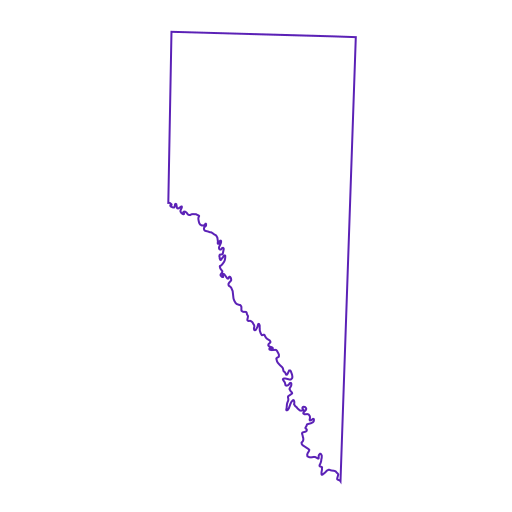 outline of Ramón Lista, Formosa, Argentina, rotated 182°
{"feature_id": "61730980B94587935103567", "entity_name": "Ramón Lista", "entity_type": "district", "adm_level": 2, "iso_a3": "ARG", "parent_name": "Argentina", "parent_adm1": "Formosa", "projection": "robinson", "projection_center": [-62.112, -22.978], "detail": "fine", "context": "isolated", "style": "outline", "palette": "violet", "viewbox_px": 512, "rotation_deg": 182, "n_neighbors": 0, "source": "geoboundaries", "source_scale": "gbopen_adm2", "svg_char_len": 6039}
<svg xmlns="http://www.w3.org/2000/svg" viewBox="0 0 512 512"><g transform="rotate(182 256 256)"><path d="M345.5,306.0L344.5,306.1L343.8,305.9L342.6,305.0L342.2,304.6L342.2,304.1L342.5,303.8L343.4,303.6L343.4,303.4L343.3,303.0L342.7,302.4L341.0,301.7L339.9,301.6L339.4,301.7L339.3,301.8L339.0,302.6L338.7,304.8L338.5,305.1L338.1,305.3L337.8,305.2L337.5,305.0L336.7,301.5L336.3,300.9L336.0,300.8L335.0,300.9L332.7,302.7L332.2,302.9L331.9,302.8L331.8,302.2L332.0,301.4L332.9,299.3L333.1,298.3L332.9,297.6L332.2,296.5L330.9,295.5L330.0,295.2L329.5,295.4L329.4,295.8L329.5,296.2L330.1,296.8L330.2,297.2L329.8,297.7L329.1,297.9L328.3,297.8L326.9,296.9L325.6,295.2L324.5,294.7L323.3,294.6L322.0,295.4L321.1,295.6L317.5,295.7L315.7,294.8L314.9,294.6L314.3,294.1L314.3,293.6L314.7,292.8L314.9,292.1L314.9,291.0L314.5,289.0L314.1,287.6L313.7,286.6L312.9,285.5L311.3,284.6L310.4,284.7L309.4,284.5L309.1,284.7L308.7,285.2L308.2,285.6L307.6,286.5L307.3,286.5L307.0,286.2L307.0,285.7L307.0,284.6L307.5,284.0L308.5,283.1L309.0,282.0L308.8,280.6L308.6,280.2L308.0,279.6L307.7,279.4L304.8,278.8L303.1,278.2L302.5,278.1L301.6,278.1L301.2,277.9L299.9,277.1L298.8,276.3L297.9,275.8L297.1,275.5L296.5,275.0L295.3,273.1L295.1,272.1L294.6,269.3L294.7,267.5L294.6,267.1L294.4,266.9L294.1,266.9L293.8,267.2L293.5,268.0L293.4,268.7L292.9,269.5L292.2,270.1L291.6,270.0L291.4,269.6L291.4,268.6L291.6,267.6L293.2,263.7L293.3,262.8L293.1,262.1L293.0,261.8L292.6,261.4L292.1,261.2L291.5,261.2L291.0,261.5L290.3,262.6L289.9,262.9L289.2,263.0L289.0,262.9L288.8,262.7L288.5,262.1L288.5,261.7L289.3,257.1L289.8,256.6L290.4,256.4L292.1,256.1L292.5,255.5L292.6,254.3L292.2,253.1L292.2,252.3L291.8,251.3L291.4,250.8L290.8,251.0L290.0,252.4L289.1,253.3L288.4,254.9L287.9,255.3L287.2,255.5L286.8,255.2L286.7,254.6L286.7,253.2L286.9,251.6L287.1,250.6L287.7,249.1L289.0,247.1L290.4,245.4L291.7,244.7L291.8,244.1L291.2,242.2L289.1,239.6L289.2,238.5L290.6,236.5L290.8,235.8L290.6,235.2L289.2,233.9L288.7,233.8L288.2,233.9L288.2,234.3L288.5,235.9L288.5,236.5L288.2,236.9L287.6,236.9L287.0,236.5L283.9,232.6L283.2,232.4L282.7,232.6L282.1,234.2L281.6,234.4L281.0,234.1L280.3,233.0L280.0,231.8L280.0,230.8L280.3,230.3L281.9,228.4L282.5,227.3L282.5,226.2L282.1,225.3L280.9,224.6L279.7,223.5L278.1,220.1L277.1,213.3L276.9,212.4L276.1,210.5L274.8,208.4L273.7,207.4L273.2,207.2L271.0,206.5L270.2,206.5L269.9,206.3L269.4,205.7L269.1,205.3L268.8,204.5L268.7,201.2L268.5,200.7L268.1,200.4L267.4,200.0L266.7,199.7L264.6,199.8L264.1,199.7L263.7,199.5L263.3,198.8L263.0,197.5L261.9,195.6L262.1,193.8L262.4,192.5L262.4,192.0L262.3,191.5L261.9,191.1L261.3,190.8L259.7,191.0L259.1,190.9L257.4,189.8L256.7,188.8L256.3,188.0L255.5,186.9L255.2,185.8L255.3,184.9L255.5,184.0L255.5,183.0L255.1,182.0L254.8,181.8L254.3,181.8L253.9,182.0L253.5,182.4L252.1,185.1L251.8,186.3L251.7,187.1L251.5,187.8L251.2,188.2L250.6,188.1L250.1,187.2L249.9,186.6L249.8,184.1L249.7,183.4L249.7,182.4L249.5,181.2L248.6,178.9L247.6,177.3L247.4,177.1L247.1,177.1L246.5,177.2L245.6,177.6L244.9,177.5L244.6,177.1L244.0,175.9L243.1,174.6L242.0,173.6L239.4,172.1L238.8,171.3L238.6,170.8L238.6,170.3L239.2,169.5L240.0,168.8L240.3,168.5L240.6,167.5L240.5,166.9L240.0,166.4L238.8,165.8L237.1,165.4L236.6,165.1L236.1,164.7L236.0,164.2L236.4,163.7L237.2,163.7L237.8,163.9L238.6,164.3L239.1,164.3L239.3,164.2L239.4,163.9L239.3,163.1L238.8,162.8L237.2,162.5L233.2,162.9L232.5,162.7L231.7,161.9L230.4,159.7L229.7,158.3L229.6,156.6L229.9,155.9L231.2,155.2L231.9,154.6L232.1,154.0L231.9,153.4L231.3,151.4L230.5,150.1L228.3,147.8L226.0,145.8L225.2,144.7L224.5,142.0L223.8,141.3L222.9,140.7L221.8,138.5L221.3,138.4L220.8,138.6L220.0,140.1L218.9,142.7L218.3,142.8L217.9,142.8L217.2,142.1L215.8,138.6L215.4,136.4L215.6,135.2L216.6,134.0L217.3,133.7L218.3,133.7L219.3,134.0L222.3,134.6L223.5,134.6L224.2,134.4L224.7,134.0L224.8,133.5L223.7,131.8L222.8,130.7L222.0,127.9L221.3,127.5L220.8,127.5L219.4,128.0L218.5,128.9L217.9,130.0L217.4,130.3L216.8,130.4L216.5,130.2L216.2,129.5L216.2,128.3L216.4,127.4L217.8,124.7L217.9,124.2L217.6,123.7L216.8,122.3L215.4,120.9L215.2,120.5L215.1,120.0L215.3,119.7L218.9,117.0L219.1,116.5L219.1,115.8L218.7,114.2L218.7,113.4L218.8,112.5L219.5,110.7L219.9,109.0L220.1,105.0L220.4,103.7L220.3,103.1L220.1,102.9L219.6,102.9L219.0,103.2L217.9,104.8L216.4,109.5L215.4,111.7L214.1,113.0L213.8,113.3L213.6,113.2L213.1,113.0L212.6,111.5L212.6,110.1L212.8,109.2L212.6,108.9L211.6,107.4L209.9,106.1L209.3,105.2L206.8,103.2L205.8,103.0L205.0,103.1L203.8,103.4L203.2,103.9L203.4,104.3L204.0,104.9L204.3,105.4L204.3,106.0L204.0,106.6L203.1,107.0L201.8,106.8L201.0,106.1L200.5,105.3L200.5,104.7L200.7,104.0L203.1,101.2L203.2,100.7L203.2,100.3L202.9,100.0L201.8,99.5L199.2,99.8L198.3,99.6L197.7,99.3L196.7,97.9L196.5,97.2L196.4,96.0L196.7,94.4L196.6,93.9L196.4,93.6L195.9,93.6L195.5,93.7L194.1,94.6L193.4,95.2L192.8,95.2L192.5,94.9L192.4,94.1L192.5,93.1L192.9,92.3L193.4,91.8L195.2,90.8L198.7,89.7L199.2,89.4L199.5,88.2L200.6,86.1L200.5,85.5L200.1,85.2L199.6,84.8L199.2,84.3L199.2,83.4L199.4,82.9L200.3,82.2L203.2,81.3L203.5,81.1L203.8,80.4L203.6,79.4L203.3,78.7L202.8,76.8L202.7,76.3L202.5,76.0L202.3,74.6L202.4,73.5L202.8,72.4L203.9,71.2L204.0,70.9L203.7,69.7L203.3,69.1L202.6,68.4L196.8,64.9L196.0,64.1L196.1,63.3L196.7,62.1L197.4,60.9L197.9,59.4L197.8,58.4L197.6,57.6L196.1,56.9L195.2,56.7L193.6,56.7L191.3,57.2L190.0,57.2L188.6,56.6L187.2,55.8L186.7,55.7L186.4,55.9L186.3,56.4L186.4,58.4L186.1,59.4L185.4,60.3L185.1,60.6L184.6,60.6L184.3,60.4L183.9,59.9L183.3,58.7L183.3,56.5L183.6,55.2L183.7,53.5L184.1,51.8L184.6,50.4L185.1,49.4L185.2,48.5L184.8,48.0L182.9,47.4L182.7,47.2L182.6,46.9L182.7,45.9L182.6,44.7L182.9,43.0L183.0,41.6L182.9,40.2L182.8,39.9L182.6,39.7L181.9,39.8L181.1,40.6L180.5,41.0L180.1,41.4L179.3,42.1L178.4,43.1L177.9,43.8L176.0,44.9L175.1,44.9L173.8,44.4L172.4,44.2L170.8,44.1L169.3,43.7L168.6,43.3L168.0,42.5L166.8,41.5L166.3,40.8L166.2,40.2L167.1,36.6L167.0,35.7L166.4,35.3L164.2,34.5L163.7,33.8L163.9,478.2L185.7,478.2L348.3,477.1L345.5,306.0Z" fill="none" stroke="#5b21b6" stroke-width="2"/></g></svg>